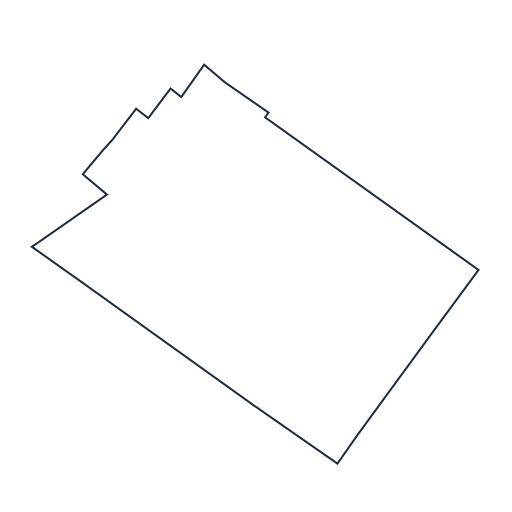 Genesee, New York, United States of America, rotated 216°
{"feature_id": "52423323B2741615206535", "entity_name": "Genesee", "entity_type": "district", "adm_level": 2, "iso_a3": "USA", "parent_name": "United States of America", "parent_adm1": "New York", "projection": "orthographic", "projection_center": [-78.093, 42.998], "detail": "fine", "context": "isolated", "style": "outline", "palette": "slate", "viewbox_px": 512, "rotation_deg": 216, "n_neighbors": 0, "source": "geoboundaries", "source_scale": "gbopen_adm2", "svg_char_len": 413}
<svg xmlns="http://www.w3.org/2000/svg" viewBox="0 0 512 512"><g transform="rotate(216 256 256)"><path d="M68.1,135.9L68.7,172.5L68.3,295.6L67.8,375.5L330.2,373.5L330.2,379.4L383.2,378.2L410.4,380.3L409.9,340.7L423.6,341.2L424.2,304.2L439.5,304.7L440.5,265.5L442.0,251.7L444.2,220.3L412.7,218.1L441.3,135.6L442.8,131.7L381.6,132.4L171.9,133.8L68.1,135.9Z" fill="none" stroke="#1e293b" stroke-width="2"/></g></svg>